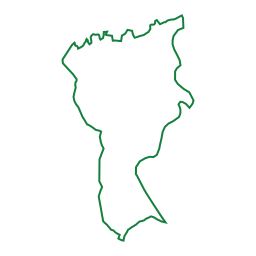 outline of Afikpo North, Ebonyi, Nigeria
{"feature_id": "59680162B68024378624756", "entity_name": "Afikpo North", "entity_type": "district", "adm_level": 2, "iso_a3": "NGA", "parent_name": "Nigeria", "parent_adm1": "Ebonyi", "projection": "natural_earth1", "projection_center": [7.923, 5.873], "detail": "fine", "context": "isolated", "style": "outline", "palette": "green", "viewbox_px": 256, "rotation_deg": 0, "n_neighbors": 0, "source": "geoboundaries", "source_scale": "gbopen_adm2", "svg_char_len": 2377}
<svg xmlns="http://www.w3.org/2000/svg" viewBox="0 0 256 256"><path d="M165.5,222.4L160.9,215.8L157.7,210.9L151.0,200.6L146.0,192.7L144.0,189.3L137.1,175.9L135.9,174.1L136.0,169.8L136.0,169.4L136.0,168.4L136.0,167.2L138.1,164.0L139.9,161.3L145.3,158.2L149.7,156.8L153.6,157.0L156.9,154.8L159.3,148.5L160.1,144.3L161.4,138.8L162.7,131.8L164.5,127.9L164.9,126.9L168.6,123.5L172.6,121.5L175.1,119.8L179.1,116.9L180.4,113.1L180.4,109.8L180.0,107.7L178.5,104.4L180.3,101.8L182.5,102.0L186.1,104.0L189.5,107.8L190.4,106.6L192.6,103.6L193.5,100.5L190.9,95.3L189.2,92.2L188.3,91.7L183.8,89.0L181.5,87.1L177.7,83.8L176.3,81.7L175.0,79.6L175.1,76.5L175.1,71.4L176.9,68.3L180.5,65.2L179.6,60.0L177.0,54.8L176.5,53.8L174.3,49.6L172.6,44.4L172.6,40.3L173.5,36.1L178.0,30.0L183.4,27.9L183.0,18.3L182.4,16.6L181.8,15.4L176.2,18.5L173.5,19.5L170.8,19.6L167.4,20.6L165.4,22.2L164.3,22.2L160.0,24.2L156.8,20.1L155.3,20.8L154.9,23.7L153.7,24.7L151.3,24.6L150.2,25.3L150.3,29.1L148.3,32.1L147.0,32.8L143.8,35.0L139.6,36.1L136.9,37.1L134.6,37.7L132.9,34.4L132.1,30.8L127.5,29.9L126.4,31.8L125.1,33.8L121.9,35.6L121.1,41.1L115.0,40.5L112.8,40.7L112.0,35.8L106.6,35.1L105.6,34.6L107.1,31.7L103.8,32.0L103.6,35.1L103.1,38.0L100.5,39.6L99.7,38.3L99.5,36.9L99.0,35.0L97.9,34.4L95.7,34.8L93.1,34.2L91.5,35.6L90.7,37.3L91.4,41.4L91.3,42.9L89.5,44.3L88.3,42.6L87.8,41.7L87.8,40.3L86.6,39.0L86.2,39.8L85.6,41.7L84.7,42.7L83.8,44.6L82.6,46.1L81.7,46.7L79.8,47.8L78.1,48.6L77.7,47.0L76.9,45.9L75.5,45.7L74.9,44.7L74.8,43.2L74.5,42.7L72.0,45.0L62.5,59.6L62.9,63.3L70.0,71.0L73.0,74.2L76.6,79.2L76.5,81.0L75.4,82.6L75.3,85.2L75.7,87.5L75.3,89.3L74.4,92.6L73.5,96.8L74.5,101.4L76.3,104.6L78.3,107.1L82.4,116.6L87.2,124.5L88.3,124.8L90.6,126.1L93.9,128.4L95.1,129.4L95.7,129.8L96.2,130.0L99.0,130.6L99.6,130.8L100.5,131.2L101.1,131.6L99.8,136.8L100.9,142.2L101.7,144.8L103.6,148.6L99.5,159.3L99.3,181.2L102.1,187.0L100.4,191.0L98.7,196.4L101.0,209.0L102.1,215.4L103.2,221.3L105.1,223.2L106.8,224.6L109.6,227.9L111.1,229.8L112.1,230.1L113.3,230.3L114.4,231.4L115.4,232.4L117.8,233.9L119.7,234.8L118.4,238.6L120.7,239.8L122.1,240.3L123.5,240.6L123.7,239.4L124.4,236.2L127.0,232.0L127.9,230.0L131.1,227.7L132.3,226.8L133.3,226.3L135.9,224.7L139.4,221.6L143.8,220.5L146.5,218.5L149.2,217.4L150.9,216.4L153.7,217.2L157.2,219.4L158.2,219.9L161.6,221.5L165.5,222.4Z" fill="none" stroke="#15803d" stroke-width="2"/></svg>